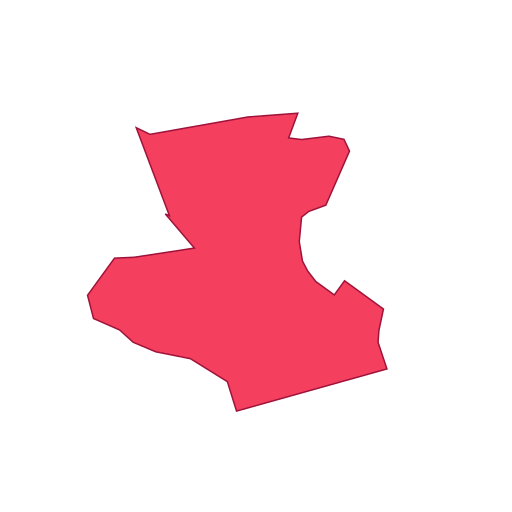 the district of Suyeong-gu, Busan, South Korea, rotated 306°
{"feature_id": "91817680B55707549130569", "entity_name": "Suyeong-gu", "entity_type": "district", "adm_level": 2, "iso_a3": "KOR", "parent_name": "South Korea", "parent_adm1": "Busan", "projection": "natural_earth1", "projection_center": [129.113, 35.156], "detail": "fine", "context": "isolated", "style": "filled", "palette": "rose", "viewbox_px": 512, "rotation_deg": 306, "n_neighbors": 0, "source": "geoboundaries", "source_scale": "gbopen_adm2", "svg_char_len": 600}
<svg xmlns="http://www.w3.org/2000/svg" viewBox="0 0 512 512"><g transform="rotate(306 256 256)"><path d="M289.4,83.7L237.7,162.3L236.7,157.9L226.2,201.5L183.4,158.2L171.1,142.8L125.2,142.8L109.9,161.3L116.0,189.2L114.0,207.4L119.6,231.3L134.4,263.4L137.5,306.7L119.1,331.4L241.6,428.3L257.9,405.5L268.0,399.2L288.0,390.3L288.0,342.2L270.5,342.2L270.5,319.4L274.2,306.7L279.2,296.6L293.0,282.6L314.3,270.0L323.1,272.5L338.2,282.6L395.8,270.0L402.1,258.6L395.8,244.6L377.0,224.4L370.7,213.0L396.1,205.9L363.9,167.9L292.1,98.7L289.4,83.7Z" fill="#f43f5e" stroke="#9f1239" stroke-width="1.5"/></g></svg>